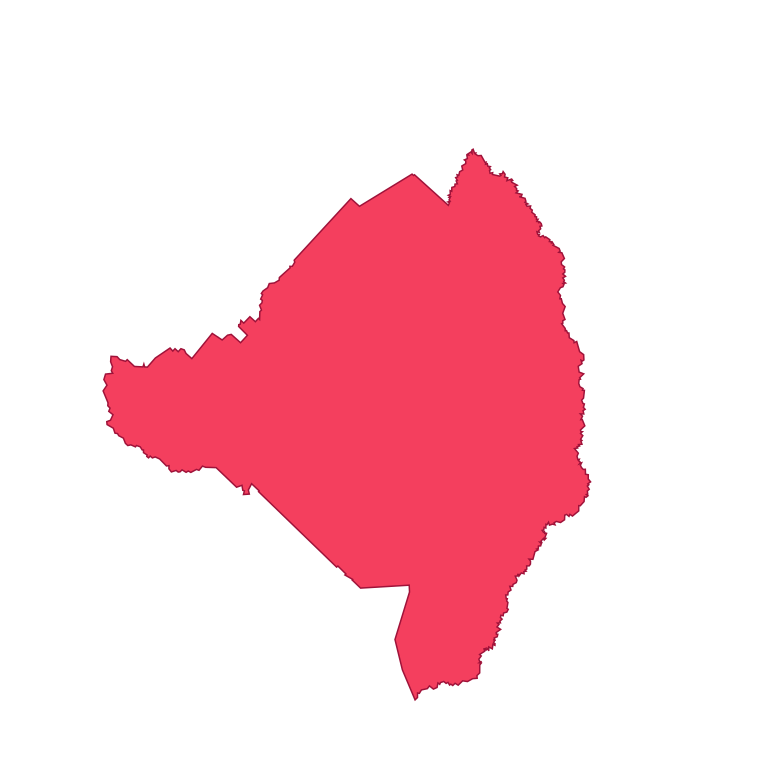 Moree Plains, New South Wales, Australia (orthographic projection), rotated 124°
{"feature_id": "25037944B16767086981220", "entity_name": "Moree Plains", "entity_type": "district", "adm_level": 2, "iso_a3": "AUS", "parent_name": "Australia", "parent_adm1": "New South Wales", "projection": "orthographic", "projection_center": [149.192, -29.321], "detail": "fine", "context": "isolated", "style": "filled", "palette": "rose", "viewbox_px": 768, "rotation_deg": 124, "n_neighbors": 0, "source": "geoboundaries", "source_scale": "gbopen_adm2", "svg_char_len": 6171}
<svg xmlns="http://www.w3.org/2000/svg" viewBox="0 0 768 768"><g transform="rotate(124 384 384)"><path d="M610.7,208.9L628.5,181.6L625.2,180.9L621.4,183.4L620.7,181.7L616.7,181.9L612.3,177.7L608.9,177.5L609.3,172.4L605.9,170.3L601.7,172.1L601.8,169.9L599.9,170.2L597.2,168.1L597.5,165.1L595.6,164.1L596.9,161.3L595.5,160.8L595.5,158.4L592.4,157.7L592.2,154.1L586.1,152.8L584.0,148.4L578.7,145.7L575.9,142.2L573.7,143.9L570.0,143.1L563.4,147.5L561.1,147.3L561.9,149.1L559.6,147.8L560.6,149.4L559.1,151.5L555.1,151.3L554.8,153.5L549.2,151.1L547.7,153.0L546.3,151.8L547.8,151.8L547.6,150.6L545.3,150.0L546.7,147.9L543.4,150.1L543.0,146.1L539.0,148.1L538.6,145.9L537.2,146.8L537.4,148.4L534.8,148.9L534.7,150.6L534.2,148.9L532.9,150.6L530.2,148.8L527.9,149.7L528.6,150.9L527.3,152.0L522.2,150.1L522.3,154.5L519.1,154.2L518.8,156.3L516.9,153.9L515.9,155.3L512.9,154.6L512.5,156.9L510.4,157.8L509.5,155.6L507.0,156.8L504.4,154.6L501.3,155.0L501.3,156.6L495.8,159.1L495.3,161.0L493.1,161.7L493.7,162.5L490.9,165.1L489.6,163.4L487.0,164.8L483.8,163.5L481.4,166.6L479.8,164.1L478.0,165.0L474.7,163.3L472.3,164.0L469.9,167.7L468.3,165.7L467.1,166.6L466.4,165.5L467.4,164.7L463.9,164.5L463.0,161.8L461.3,163.1L459.7,161.5L459.3,163.0L457.6,162.1L455.1,164.0L453.5,161.9L451.4,161.9L448.9,163.5L448.1,165.9L446.1,162.5L438.5,165.1L435.4,163.5L435.4,165.1L434.1,164.1L432.0,165.4L430.6,163.6L428.4,164.3L428.0,166.4L427.1,164.7L426.4,166.0L422.9,165.4L423.8,163.9L421.5,163.5L422.1,164.6L416.9,165.7L417.4,167.3L418.5,166.8L416.7,168.4L417.7,169.0L416.9,171.0L415.8,169.9L413.3,171.1L412.9,169.3L409.8,171.3L409.5,170.2L406.6,170.3L408.5,167.9L405.9,165.9L405.1,163.5L403.9,165.4L401.6,164.3L400.1,160.2L395.6,158.4L391.7,160.8L390.0,159.7L390.3,156.6L388.1,157.0L388.1,153.9L380.3,151.6L375.9,154.5L375.2,153.2L369.6,152.4L365.3,154.8L364.9,153.1L362.6,152.4L362.4,154.4L361.4,153.5L359.0,155.6L356.5,155.0L354.9,158.4L353.0,157.8L352.8,159.2L349.6,158.0L348.5,161.6L345.0,163.9L346.1,166.5L342.1,169.4L343.4,171.0L342.8,173.6L341.5,175.8L339.0,176.1L340.8,177.3L339.1,177.2L338.8,179.7L337.2,180.0L338.3,181.0L335.9,183.6L332.7,184.2L331.0,190.0L328.7,187.6L327.9,188.9L326.0,187.2L325.4,188.8L323.2,186.2L321.2,188.9L320.2,188.3L319.9,190.1L315.6,190.3L315.1,193.4L312.7,192.9L313.4,194.0L312.3,195.4L306.4,194.1L302.6,199.8L303.5,200.9L299.7,201.4L299.0,204.5L297.1,201.6L294.7,204.1L292.5,203.1L291.9,205.6L288.5,206.7L288.8,208.3L286.9,211.1L284.1,210.7L277.2,214.3L278.2,216.0L276.5,216.4L276.7,220.1L274.6,222.9L271.2,224.7L270.1,223.8L269.4,225.3L263.9,224.1L265.0,228.9L260.7,232.9L256.4,231.2L254.1,233.9L253.9,232.3L252.3,231.7L248.0,234.9L247.8,239.9L241.0,248.0L243.5,249.5L241.8,250.9L242.0,256.3L238.3,259.2L239.0,260.4L237.6,262.6L238.5,263.5L236.6,264.9L234.7,270.4L233.7,269.7L231.5,271.2L229.3,270.0L225.4,275.4L218.5,277.1L217.4,281.1L214.2,284.7L215.0,285.9L211.9,287.2L210.5,291.4L205.5,291.6L203.3,290.0L200.8,290.5L200.6,291.9L198.8,290.0L198.7,292.3L197.1,292.5L196.1,295.1L193.2,293.7L192.8,297.3L190.3,296.6L188.2,297.9L188.2,299.6L186.0,299.7L185.7,303.6L183.6,305.4L179.1,304.6L175.7,310.0L177.1,312.7L175.3,312.3L173.7,314.6L174.5,321.4L173.5,321.1L172.2,324.0L173.4,324.2L172.5,325.1L173.4,326.6L171.6,327.2L171.6,332.2L172.8,332.6L172.0,335.1L174.5,336.5L174.8,338.7L173.1,338.8L174.0,340.3L172.2,342.4L171.4,340.1L170.4,341.5L167.7,340.9L166.1,342.9L164.7,341.5L163.2,343.2L162.6,345.0L163.6,345.9L162.7,346.3L163.8,348.2L161.3,348.4L162.3,349.7L160.1,351.0L160.8,352.5L159.2,353.4L159.0,357.5L156.9,358.3L156.7,361.1L154.4,362.0L156.7,364.8L155.8,366.7L154.2,365.4L154.5,368.8L153.2,368.5L151.2,370.9L153.1,376.6L151.5,375.1L149.6,375.6L151.7,381.4L148.9,380.8L149.3,382.6L147.8,383.3L147.2,386.2L144.7,384.7L145.3,391.0L144.5,392.1L143.3,391.1L142.7,392.8L146.7,395.8L143.8,396.7L145.0,399.8L142.4,400.9L141.3,404.0L143.3,403.5L145.1,405.5L145.8,403.7L147.0,404.4L149.7,411.3L148.0,412.1L150.0,413.9L147.9,416.0L146.7,415.4L145.9,417.6L144.3,417.4L145.4,419.8L143.6,421.5L145.0,422.7L143.0,423.4L143.8,424.1L140.2,431.2L142.2,433.8L142.3,436.9L141.1,437.0L141.9,438.2L139.5,441.4L140.9,442.0L143.5,440.0L143.0,441.7L146.6,443.2L146.9,442.0L147.8,443.4L150.5,440.9L153.3,442.7L153.4,440.9L155.6,439.5L159.8,441.4L162.6,438.4L165.7,440.0L169.1,438.7L169.7,440.4L171.1,438.7L172.8,440.0L174.2,437.0L175.3,437.7L177.0,435.1L178.6,436.9L180.7,435.7L183.1,437.7L186.4,435.6L186.7,437.3L189.7,435.1L191.6,436.2L191.3,433.8L192.9,434.4L192.6,433.4L195.0,433.0L195.5,431.4L197.3,432.8L197.1,431.1L199.9,430.6L193.5,475.7L194.6,476.1L194.3,478.1L250.4,503.7L248.8,515.1L331.6,527.7L332.9,526.1L337.7,525.8L339.1,527.8L340.2,526.8L354.2,530.3L356.6,529.0L361.5,531.4L364.9,535.3L369.2,534.3L374.4,536.3L377.6,536.3L377.9,534.5L382.6,533.7L382.7,531.6L385.0,530.6L388.3,531.2L391.3,526.9L393.4,527.4L400.1,523.2L399.8,524.8L404.3,525.5L403.2,532.8L411.9,534.3L411.3,538.2L414.8,536.6L416.0,537.6L417.6,536.7L420.0,524.5L430.0,526.0L428.3,538.4L431.0,541.0L438.0,542.8L438.1,554.7L470.4,557.5L469.4,565.2L467.4,568.7L468.3,572.1L472.3,572.7L471.6,577.0L474.8,577.5L473.8,581.5L490.3,588.1L502.3,589.6L503.7,592.0L501.8,594.2L504.6,593.4L509.0,600.7L507.4,610.5L509.7,610.9L511.5,616.7L510.6,620.6L513.7,625.8L518.4,623.1L521.5,618.7L525.5,617.5L526.8,614.9L531.5,620.4L537.0,618.7L539.9,613.0L546.8,613.0L553.9,602.3L556.5,600.8L557.2,597.6L560.6,596.9L561.0,591.5L567.0,590.5L570.2,592.8L572.5,590.9L572.0,583.7L575.2,579.5L574.1,577.2L575.2,575.0L574.6,569.8L577.8,565.2L578.3,562.0L576.0,559.8L575.1,554.9L573.4,554.8L572.4,551.0L573.9,547.6L573.2,546.5L575.4,545.0L575.3,540.7L576.7,540.2L576.9,537.9L574.5,537.5L574.8,534.7L572.4,532.9L571.6,528.1L573.6,518.5L571.9,516.6L574.6,514.9L575.8,511.1L571.9,508.0L572.1,505.4L570.9,504.0L568.1,503.4L567.9,498.7L565.6,497.6L565.3,494.7L559.7,491.7L559.0,489.1L553.6,488.6L552.8,485.3L547.2,476.4L552.0,448.5L547.4,445.1L551.1,441.6L550.6,440.0L554.2,438.7L550.6,434.1L547.7,437.2L540.7,438.0L542.4,427.7L543.4,427.8L562.3,320.9L560.7,320.4L562.8,309.3L564.2,309.6L563.5,300.7L564.3,300.8L566.3,289.3L536.7,250.6L542.2,246.5L589.7,232.0L610.7,208.9Z" fill="#f43f5e" stroke="#9f1239" stroke-width="1.5"/></g></svg>